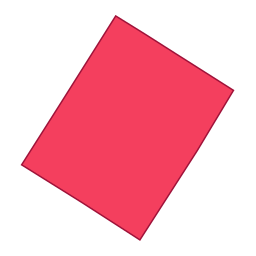 Linn, Iowa, United States of America, rotated 212°
{"feature_id": "52423323B70350332268545", "entity_name": "Linn", "entity_type": "district", "adm_level": 2, "iso_a3": "USA", "parent_name": "United States of America", "parent_adm1": "Iowa", "projection": "mercator", "projection_center": [-91.569, 42.079], "detail": "fine", "context": "isolated", "style": "filled", "palette": "rose", "viewbox_px": 256, "rotation_deg": 212, "n_neighbors": 0, "source": "geoboundaries", "source_scale": "gbopen_adm2", "svg_char_len": 307}
<svg xmlns="http://www.w3.org/2000/svg" viewBox="0 0 256 256"><g transform="rotate(212 128 128)"><path d="M198.7,40.4L128.7,40.4L58.6,39.4L57.3,145.3L57.9,180.6L58.5,215.8L128.4,216.3L163.1,216.6L197.8,216.5L197.9,181.4L198.2,111.0L198.7,40.4Z" fill="#f43f5e" stroke="#9f1239" stroke-width="1.5"/></g></svg>